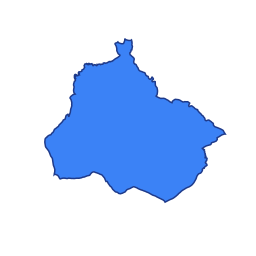 Ghinda, Semenawi Keyih Bahri, Eritrea, rotated 156°
{"feature_id": "51966322B62460220695026", "entity_name": "Ghinda", "entity_type": "district", "adm_level": 2, "iso_a3": "ERI", "parent_name": "Eritrea", "parent_adm1": "Semenawi Keyih Bahri", "projection": "orthographic", "projection_center": [39.133, 15.477], "detail": "fine", "context": "isolated", "style": "filled", "palette": "blue", "viewbox_px": 256, "rotation_deg": 156, "n_neighbors": 0, "source": "geoboundaries", "source_scale": "gbopen_adm2", "svg_char_len": 5753}
<svg xmlns="http://www.w3.org/2000/svg" viewBox="0 0 256 256"><g transform="rotate(156 128 128)"><path d="M49.3,99.7L50.9,102.4L51.9,102.7L53.6,102.8L54.2,103.5L54.3,104.2L53.9,105.6L54.1,106.3L54.3,107.0L54.6,108.7L55.3,109.6L55.8,111.8L56.5,112.9L56.9,114.8L57.4,116.0L57.0,116.5L58.5,117.9L58.9,118.5L59.3,119.7L60.6,122.1L61.1,122.5L62.1,122.7L62.9,122.5L63.5,122.8L63.5,123.7L63.1,124.3L61.5,125.6L62.7,127.7L64.2,128.3L65.4,129.0L66.4,129.1L67.3,129.5L68.4,130.9L69.2,132.2L70.3,133.3L73.0,134.9L73.8,135.0L75.8,134.6L76.5,134.3L77.0,133.9L77.4,133.2L77.9,133.5L78.8,134.5L80.2,137.1L81.3,138.4L82.3,139.8L83.3,140.6L86.2,141.8L88.0,143.7L89.4,145.5L89.3,145.8L88.4,146.2L87.6,147.0L86.3,149.1L85.7,150.5L85.1,153.0L85.6,154.7L85.6,155.9L84.3,159.3L84.7,159.7L85.2,159.9L86.7,160.2L86.9,160.4L87.0,160.7L87.0,161.1L86.7,161.6L86.0,162.0L85.2,162.1L84.9,162.4L84.8,162.8L85.1,164.4L85.3,164.7L85.5,164.7L86.7,163.7L87.3,163.6L88.0,163.5L88.4,163.8L88.9,164.9L88.9,165.5L88.6,166.8L89.0,167.4L89.7,167.9L90.2,169.2L90.1,170.9L90.2,171.7L91.9,173.2L92.2,173.7L93.6,174.9L94.2,175.8L94.6,177.0L94.4,178.9L94.8,180.5L94.8,182.5L95.2,183.3L95.8,183.6L96.2,185.1L95.8,186.3L94.3,188.4L94.2,188.8L94.2,189.5L94.6,190.4L94.7,190.9L95.5,192.3L95.7,193.1L96.3,194.1L96.0,195.0L96.0,195.6L95.8,195.9L94.4,196.5L93.5,197.9L92.7,197.8L92.1,198.8L90.9,200.5L90.7,200.9L90.7,202.2L89.6,204.2L89.7,204.7L89.3,205.2L89.0,207.0L89.4,206.9L90.5,207.1L91.9,207.8L93.8,209.3L94.5,210.5L94.8,210.5L95.3,209.4L96.8,207.8L97.5,207.2L98.0,207.0L98.7,207.2L99.9,207.8L101.3,209.0L102.1,210.0L102.2,210.8L103.4,210.4L104.7,210.6L105.4,210.5L105.7,209.9L105.5,208.0L105.6,206.8L106.0,205.0L106.8,203.1L106.8,200.1L106.7,199.6L105.8,198.2L105.7,197.8L106.4,197.2L108.9,196.6L111.4,196.4L113.9,195.8L114.3,195.6L114.8,195.7L115.7,195.4L116.3,195.8L117.4,195.7L118.1,196.4L118.7,196.2L119.6,196.2L120.8,196.0L121.6,196.3L122.3,196.3L122.6,196.6L122.8,197.0L123.7,197.1L124.1,197.4L124.3,197.3L124.8,196.6L125.4,196.6L126.3,197.0L126.6,197.3L126.9,197.3L127.2,197.0L127.4,197.1L127.8,197.7L128.1,198.0L129.1,198.2L129.5,198.1L130.4,198.7L130.9,197.7L131.2,197.7L131.6,198.0L132.2,199.1L132.6,199.4L133.5,199.5L134.2,199.1L134.7,199.3L134.8,199.7L134.5,200.6L134.9,200.7L135.1,200.9L135.0,201.5L135.6,201.6L136.5,202.0L137.0,201.6L137.2,202.0L137.1,202.6L137.5,202.9L138.4,202.0L138.5,202.0L138.6,202.4L138.2,202.8L138.5,203.0L139.3,202.7L139.5,203.6L139.7,203.8L140.2,203.5L140.9,203.9L141.2,203.9L141.6,203.9L141.8,203.5L142.7,202.9L142.9,201.5L142.9,201.1L143.6,200.7L144.2,200.1L145.0,199.7L146.2,199.9L146.8,199.3L147.1,198.7L147.3,198.6L148.8,198.8L149.9,199.2L150.2,199.2L150.5,198.7L151.0,198.5L151.0,198.3L150.3,197.5L150.4,197.3L151.2,197.4L151.4,197.3L151.0,196.6L150.9,196.3L151.6,196.4L152.3,196.2L152.9,196.5L153.3,196.4L153.6,196.7L153.5,197.6L153.8,198.0L154.2,198.3L154.7,197.5L155.2,198.1L155.7,197.6L156.0,196.9L155.8,196.6L155.3,196.7L155.1,196.6L155.1,196.3L155.4,196.1L156.3,196.1L156.5,195.8L156.4,195.2L155.9,194.7L156.6,194.5L156.4,193.7L156.5,193.2L157.0,192.6L157.9,192.5L159.8,190.3L160.3,189.3L160.5,187.5L162.1,185.1L162.5,184.3L162.7,183.7L163.0,182.3L162.5,180.5L163.7,180.8L164.7,180.8L167.4,180.1L168.5,179.4L168.8,178.8L168.5,177.1L168.9,174.6L169.1,173.8L170.0,172.1L170.2,171.3L171.5,169.7L172.6,168.6L174.4,165.7L177.2,162.7L177.5,162.8L177.5,163.0L177.2,164.5L177.3,165.0L179.3,164.7L180.0,164.0L181.5,162.1L181.9,161.7L183.9,161.6L184.5,161.0L186.1,160.1L189.7,158.8L191.0,157.7L192.0,157.6L193.6,157.1L195.7,156.7L197.1,155.4L198.0,154.7L198.6,154.4L199.8,154.2L201.2,153.2L202.8,153.5L204.7,153.2L205.6,152.9L205.9,152.5L206.5,152.5L207.7,152.1L208.3,151.5L209.7,149.0L210.2,147.4L210.9,144.6L210.9,143.9L209.8,139.3L209.8,137.3L210.0,134.0L209.9,133.2L209.6,131.9L209.5,130.8L211.3,124.4L211.4,122.1L211.7,119.9L212.8,117.7L213.8,116.4L214.4,115.4L213.8,115.6L213.1,115.1L211.7,113.6L211.4,113.1L211.1,111.8L211.0,110.2L210.8,109.2L210.5,109.0L209.0,108.9L207.7,108.6L206.0,107.8L204.9,107.0L203.9,106.5L202.5,106.3L199.8,104.7L198.5,104.2L198.0,103.8L195.3,103.0L193.1,102.0L191.0,101.5L188.9,101.4L188.3,101.1L187.8,101.0L184.9,100.9L182.4,100.4L181.8,100.6L180.6,101.4L179.1,102.0L177.6,102.0L176.8,101.7L176.0,100.8L174.5,99.5L173.0,98.0L172.2,96.9L171.3,96.3L170.8,95.4L169.8,91.9L169.9,88.1L168.7,87.6L168.6,85.2L168.2,83.7L168.2,83.1L168.0,82.3L167.4,81.2L167.2,80.6L166.9,78.2L165.7,75.3L165.4,74.7L164.0,73.7L163.6,73.2L163.2,72.1L161.7,71.0L159.4,70.7L158.5,70.8L156.6,70.8L154.4,72.0L152.4,72.1L151.2,71.9L148.7,72.1L146.8,72.1L146.4,71.9L144.2,69.7L143.4,68.5L141.5,66.4L140.0,65.1L139.3,64.3L138.1,63.2L136.7,61.6L135.8,60.8L132.8,56.7L130.5,54.6L129.8,53.5L125.2,48.0L124.4,46.5L124.3,45.2L118.9,45.5L116.1,45.4L114.6,45.6L111.9,46.2L111.1,46.5L109.3,47.0L108.8,47.4L106.4,48.0L104.9,48.6L103.5,48.9L99.0,49.5L97.6,49.5L95.9,49.4L93.4,49.8L92.2,50.2L90.0,51.3L87.3,53.3L86.5,53.9L84.7,55.9L83.2,56.9L82.1,57.4L80.5,57.3L79.9,57.3L78.8,57.8L77.4,58.8L77.1,59.4L77.0,59.9L76.8,60.2L75.9,60.3L75.2,60.8L74.7,60.3L73.8,61.1L72.9,61.6L72.0,61.5L70.9,61.9L70.8,63.1L71.4,64.1L71.4,64.8L71.3,65.1L71.1,65.3L70.6,65.3L70.5,65.8L70.3,66.0L69.4,66.2L69.3,66.7L68.7,67.2L68.2,67.9L68.2,68.4L69.6,69.5L69.0,69.9L68.5,70.0L68.4,70.7L68.8,71.1L68.2,71.8L68.3,72.7L67.9,73.2L68.0,73.6L67.9,74.0L68.0,74.5L67.4,75.6L67.4,76.0L67.7,76.4L67.7,76.7L67.5,77.1L67.2,77.3L67.9,77.8L68.0,78.6L68.4,78.9L68.4,79.2L67.4,79.2L66.5,79.6L63.6,79.8L59.4,79.2L58.8,79.4L57.7,80.5L56.9,80.5L54.9,80.2L52.7,80.2L51.2,81.1L50.5,82.9L48.5,83.0L45.2,83.5L42.4,83.3L41.6,82.9L42.0,85.8L42.0,86.9L42.3,87.5L43.4,89.0L45.9,91.7L48.1,93.8L48.4,94.4L48.8,95.8L48.3,97.2L48.4,98.0L49.0,98.8L49.3,99.7Z" fill="#3b82f6" stroke="#1e3a8a" stroke-width="1.5"/></g></svg>